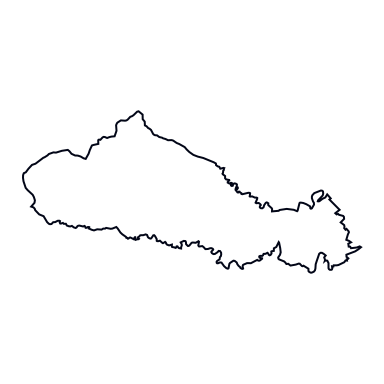 the district of Phuc Yen, Vĩnh Phúc, Vietnam, rotated 270°
{"feature_id": "81297802B88984924666070", "entity_name": "Phuc Yen", "entity_type": "district", "adm_level": 2, "iso_a3": "VNM", "parent_name": "Vietnam", "parent_adm1": "Vĩnh Phúc", "projection": "robinson", "projection_center": [105.724, 21.314], "detail": "fine", "context": "isolated", "style": "outline", "palette": "ink", "viewbox_px": 384, "rotation_deg": 270, "n_neighbors": 0, "source": "geoboundaries", "source_scale": "gbopen_adm2", "svg_char_len": 6074}
<svg xmlns="http://www.w3.org/2000/svg" viewBox="0 0 384 384"><g transform="rotate(270 192 192)"><path d="M123.0,324.8L123.6,325.5L123.3,327.3L120.9,328.5L115.9,328.5L114.9,328.9L114.2,329.9L114.2,331.3L114.5,331.9L115.6,332.3L117.7,332.0L117.5,333.4L118.7,333.7L118.7,336.9L119.0,338.5L121.8,344.3L123.5,345.5L123.4,347.0L124.7,346.8L125.2,348.1L125.6,348.4L127.2,346.5L129.3,346.4L132.6,355.1L134.8,358.5L136.8,361.0L137.6,359.7L136.5,356.8L135.8,351.0L137.3,350.2L137.4,348.7L140.3,348.3L141.7,351.0L143.1,349.0L144.2,346.3L149.6,347.9L151.7,348.9L152.6,348.7L155.1,346.5L154.3,345.5L155.9,344.2L157.1,344.5L158.9,344.2L161.6,340.7L165.1,344.1L167.2,343.9L168.1,343.1L169.2,339.0L170.1,338.1L169.6,336.6L170.8,335.3L174.2,339.6L184.5,329.4L185.6,330.7L189.6,327.2L186.5,325.3L185.2,322.5L182.8,319.4L182.6,318.2L182.7,317.8L183.7,318.1L188.5,322.7L190.4,323.2L192.5,323.0L193.2,322.4L193.5,321.0L190.9,314.3L188.7,312.3L187.4,311.9L185.8,311.9L182.6,313.0L181.2,313.9L179.4,314.0L175.7,311.9L175.4,311.4L175.4,310.6L175.8,310.3L177.6,310.1L179.8,306.3L181.0,303.3L181.4,300.8L181.3,299.9L180.9,299.5L173.3,297.6L172.8,297.1L174.2,293.8L175.1,286.7L174.0,279.5L173.2,278.7L172.6,272.0L175.0,272.1L175.7,271.8L178.7,268.5L179.1,268.2L180.7,268.3L181.6,266.8L181.2,265.8L178.9,264.2L176.6,263.5L175.7,262.2L175.8,260.9L176.2,260.2L176.8,259.8L177.8,259.9L179.0,260.8L179.8,260.3L181.0,258.7L180.8,256.3L181.3,255.6L185.2,257.2L186.1,257.2L186.4,256.5L186.4,254.9L187.6,252.2L187.4,250.1L187.6,249.7L190.4,250.1L190.8,250.1L191.1,249.6L191.2,248.3L189.8,242.4L190.0,241.5L190.8,241.4L191.5,240.1L192.3,239.6L192.3,238.8L191.5,238.2L191.6,237.5L194.2,235.5L195.6,236.0L194.9,237.2L196.0,237.9L196.7,237.6L196.7,237.3L196.3,236.8L196.3,236.0L198.2,236.8L199.6,236.9L200.4,235.7L200.6,234.2L199.6,233.1L198.3,232.8L198.0,231.9L198.5,231.0L199.3,230.8L200.4,231.9L200.9,231.9L201.2,231.0L200.5,229.3L201.4,227.7L202.0,227.7L203.7,229.3L204.0,229.2L204.6,226.1L205.7,225.1L208.0,225.1L209.7,222.8L210.3,222.5L211.1,223.0L213.2,223.2L214.2,223.9L215.1,223.8L215.9,224.2L216.1,223.5L215.3,220.3L217.2,219.3L217.6,217.8L218.8,216.1L220.5,215.9L221.7,213.8L226.0,203.3L227.4,197.8L229.1,193.4L232.0,189.3L234.5,186.7L236.9,184.7L240.0,179.2L241.0,176.7L243.4,173.2L243.9,171.7L243.8,168.0L245.0,165.5L245.7,163.0L246.3,162.1L247.0,159.2L248.6,157.1L248.8,155.0L249.4,153.8L250.1,153.1L254.1,151.0L255.3,149.5L255.9,148.2L257.7,146.6L258.6,144.9L262.4,144.7L264.8,142.7L269.4,142.6L272.7,138.6L272.3,137.1L268.8,133.5L267.8,132.0L267.2,130.3L264.4,127.7L263.6,126.5L263.3,125.1L263.6,120.9L261.5,117.6L260.7,116.9L258.8,116.1L253.2,116.5L247.7,114.6L247.4,111.4L246.9,109.4L246.0,107.1L247.0,104.8L247.1,103.5L246.5,102.5L244.2,100.4L244.4,99.1L244.2,98.5L243.7,98.2L240.1,98.3L239.0,93.3L238.5,91.9L233.9,89.8L230.3,88.6L225.1,85.7L225.7,83.6L227.5,80.6L228.4,77.8L228.5,75.1L230.2,71.5L232.8,69.4L234.1,67.8L233.2,61.9L231.4,56.0L231.6,53.4L230.0,48.9L228.6,47.5L226.7,44.5L226.3,43.4L220.3,35.5L219.1,32.0L215.2,28.4L211.7,25.8L210.8,23.8L208.8,23.1L206.2,23.0L202.7,23.5L196.1,25.7L193.8,27.7L189.2,32.7L186.9,33.9L183.7,34.9L181.2,34.5L177.4,31.2L176.6,33.5L175.3,34.7L173.8,35.2L169.6,39.2L167.8,43.6L161.9,47.1L160.2,48.9L159.8,50.0L160.0,51.5L161.8,53.2L161.9,55.2L163.2,57.6L163.3,59.2L162.9,60.0L161.6,59.7L160.5,60.2L160.4,60.9L161.1,62.9L160.2,63.7L160.2,65.9L158.5,66.8L157.7,69.0L157.6,70.4L158.1,71.9L156.6,73.8L156.0,75.7L156.6,76.6L157.9,77.5L158.3,78.4L158.4,79.5L157.5,83.1L158.1,84.4L157.8,84.9L156.2,85.6L156.2,86.4L156.9,87.6L157.0,89.0L156.8,89.3L155.5,88.8L154.2,91.8L153.6,94.0L154.7,97.2L154.4,101.6L155.4,103.2L155.4,105.1L156.1,106.1L155.2,110.7L155.4,112.3L157.0,116.3L155.5,117.7L151.5,120.4L149.7,122.3L147.1,126.0L146.1,126.4L146.1,127.3L145.3,127.9L145.4,128.4L146.4,129.6L146.5,130.4L144.7,133.9L146.4,134.5L146.9,135.1L146.7,135.4L145.1,135.3L144.2,135.7L144.7,137.2L144.8,138.6L145.2,139.0L146.2,138.0L146.7,138.0L147.6,139.3L148.6,140.1L148.8,140.9L148.8,143.2L149.6,145.7L149.0,147.1L146.9,147.9L146.2,148.6L145.6,149.7L145.4,150.8L146.0,151.5L148.7,153.3L148.8,154.2L147.8,155.1L144.9,156.7L143.2,156.7L142.9,157.0L142.8,158.2L143.3,159.9L140.9,162.6L140.9,163.2L142.1,165.1L141.5,165.8L140.3,166.2L139.3,167.1L138.6,169.1L139.4,171.9L137.7,171.8L137.0,172.1L136.6,174.5L136.1,175.4L136.3,176.0L137.6,176.6L137.7,177.1L137.6,177.5L136.5,178.2L135.9,179.0L135.5,181.1L136.6,181.1L138.7,181.8L139.8,181.7L141.6,180.7L143.1,183.8L142.9,185.4L142.0,185.9L139.8,186.1L138.0,187.9L138.0,188.3L138.4,189.3L141.2,191.6L141.5,192.8L141.2,195.7L142.8,198.5L142.3,199.0L138.6,198.3L137.7,198.8L137.5,199.2L137.9,202.3L137.0,203.5L134.9,205.4L135.0,207.9L135.8,210.2L135.8,211.6L135.2,212.8L134.5,213.2L134.1,213.0L132.4,211.4L132.0,211.3L130.9,211.9L130.2,212.9L129.9,213.8L130.1,215.0L131.8,217.5L133.1,218.7L132.9,220.1L131.3,221.1L129.5,221.2L127.8,220.8L126.8,219.9L124.7,219.6L123.0,217.1L122.2,216.6L121.2,216.7L120.8,217.0L120.7,217.9L121.6,220.0L121.4,221.5L117.8,224.1L115.8,226.4L115.3,227.9L115.7,228.5L120.2,229.4L121.1,230.1L123.3,233.4L123.1,234.7L121.5,236.7L119.7,237.4L118.0,238.7L116.9,240.1L116.0,240.5L115.1,242.1L115.1,242.6L115.4,243.1L117.6,242.6L118.4,242.8L119.0,243.0L119.4,243.6L120.9,247.1L120.8,250.9L124.1,257.2L123.4,258.2L123.3,259.2L123.6,260.0L125.3,262.1L125.7,262.1L126.0,260.3L126.4,259.5L127.2,259.2L127.8,259.4L128.1,260.1L128.1,262.3L128.7,263.0L130.1,263.6L130.2,265.6L131.2,267.4L130.6,268.1L129.2,268.8L128.7,269.6L129.0,270.5L130.4,271.5L132.5,271.3L132.8,271.8L133.1,273.8L135.7,273.9L137.0,276.3L141.9,278.7L141.3,279.1L135.9,280.2L131.7,280.7L129.2,280.0L126.6,278.2L125.3,278.4L124.6,279.1L122.6,284.1L121.5,285.3L120.0,286.4L120.2,288.3L118.5,290.4L118.5,290.8L119.4,295.8L120.4,298.7L120.3,299.7L118.0,301.9L117.8,302.7L118.3,303.5L115.3,308.4L112.9,308.5L112.0,309.3L111.3,310.9L111.4,311.8L112.3,313.8L113.6,314.9L115.4,315.4L119.8,315.7L122.6,316.6L130.2,319.2L131.2,320.5L131.2,321.9L130.2,323.6L128.5,325.7L126.6,324.2L124.0,325.1L123.0,324.8Z" fill="none" stroke="#020617" stroke-width="2"/></g></svg>